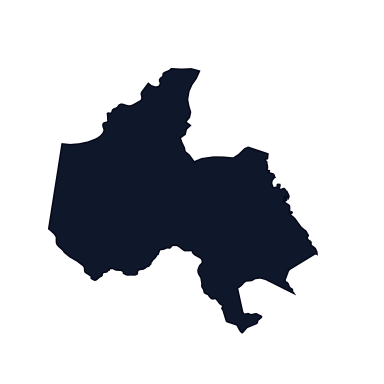 an SVG outline of Northern, rotated 289°
{"feature_id": "ZMB-515", "entity_name": "Northern", "entity_type": "Province", "adm_level": 1, "iso_a3": "ZMB", "parent_name": "Zambia", "parent_adm1": "", "projection": "natural_earth1", "projection_center": [30.182, -9.848], "detail": "fine", "context": "isolated", "style": "filled", "palette": "ink", "viewbox_px": 384, "rotation_deg": 289, "n_neighbors": 0, "source": "natural_earth", "source_scale": "10m", "svg_char_len": 5966}
<svg xmlns="http://www.w3.org/2000/svg" viewBox="0 0 384 384"><g transform="rotate(289 192 192)"><path d="M195.2,53.5L197.1,61.5L200.7,69.7L205.3,77.4L210.2,83.3L212.5,85.5L215.5,87.5L218.7,88.8L221.7,88.9L223.3,88.0L224.7,86.8L226.3,85.9L228.0,85.9L228.8,86.5L230.2,88.7L231.0,89.3L231.9,89.5L232.5,89.2L233.1,88.8L236.8,87.3L237.6,87.1L238.1,86.9L238.3,86.5L238.6,86.4L239.2,86.8L239.5,87.4L239.7,88.9L239.9,89.5L240.9,90.2L241.8,90.3L242.8,90.2L243.9,90.3L245.0,91.0L246.6,93.0L247.7,93.9L250.5,94.8L251.9,96.2L252.4,98.3L252.4,101.4L252.9,105.0L254.6,107.5L261.5,113.7L262.8,114.2L264.2,114.2L265.7,113.6L268.1,112.1L269.8,111.9L280.5,115.3L279.2,118.7L279.2,122.9L280.6,126.1L283.7,127.0L285.2,126.3L286.2,125.4L287.4,124.8L289.2,125.1L291.3,126.5L292.0,126.8L292.7,126.7L294.1,126.3L294.8,126.3L296.2,127.3L298.9,130.4L300.3,131.6L301.8,132.2L304.6,142.1L308.2,151.2L308.8,159.7L300.9,159.0L293.7,156.9L286.4,156.2L278.0,157.6L271.9,161.1L267.1,164.6L261.7,165.3L256.2,163.2L254.4,168.8L249.6,166.2L244.2,166.7L239.4,163.2L235.7,166.0L231.5,170.2L227.9,172.3L226.1,177.2L221.2,184.2L226.7,190.5L232.1,201.1L235.1,210.2L237.5,220.0L242.9,224.2L250.1,227.8L252.6,230.6L252.8,251.4L248.1,252.5L247.8,252.2L247.5,251.5L247.0,251.0L246.2,250.8L245.5,251.3L244.9,252.8L244.4,253.1L243.5,253.4L241.0,254.9L239.7,255.4L237.8,255.7L237.1,256.0L236.8,256.8L237.2,257.5L237.4,258.1L237.0,258.3L235.9,258.3L235.4,258.6L235.3,259.1L235.5,262.5L235.3,263.4L234.7,264.1L233.3,265.0L232.8,265.7L232.0,264.9L230.6,264.4L229.1,264.1L227.9,264.0L226.6,264.3L225.5,264.8L222.4,267.5L222.5,268.1L223.4,269.2L223.8,269.9L224.0,270.4L224.3,270.7L225.2,270.8L225.7,270.7L226.2,270.3L226.8,270.3L227.3,270.8L227.7,272.6L226.5,273.2L223.9,273.2L223.3,273.9L223.2,274.7L223.5,275.5L225.0,277.3L225.3,277.8L224.9,278.9L224.6,279.4L224.1,279.9L223.6,280.4L223.4,281.5L220.2,284.7L219.1,285.2L217.5,285.2L218.2,284.4L218.5,283.6L218.4,282.7L218.0,281.7L217.2,281.0L216.9,281.8L216.8,283.8L215.7,284.2L214.4,283.7L213.7,282.8L214.5,281.7L213.0,281.8L212.1,283.8L211.5,286.5L210.9,288.4L210.2,288.9L208.2,289.7L207.4,289.8L206.9,290.0L206.2,290.5L205.3,290.9L204.3,291.0L205.7,292.7L205.3,293.4L204.3,293.2L203.4,292.1L202.7,292.4L202.1,293.2L201.8,294.1L201.6,295.0L200.3,297.9L194.4,306.3L192.9,309.9L192.3,312.0L191.8,312.8L190.2,314.5L189.8,314.8L189.1,315.9L188.7,316.2L187.0,315.8L186.2,315.8L185.5,316.2L184.9,316.9L184.5,317.7L184.0,319.4L183.8,320.2L183.3,320.8L182.7,321.2L181.8,321.3L180.5,322.0L179.9,323.5L179.4,325.4L178.6,327.1L175.9,329.6L173.8,330.5L173.9,330.1L173.9,329.5L173.6,328.7L173.4,328.3L151.0,309.8L149.8,309.1L148.6,308.8L139.7,308.6L138.7,308.8L138.2,309.1L137.6,309.8L137.3,311.6L136.5,312.8L134.0,314.8L133.6,315.4L133.2,316.4L132.9,317.4L132.8,318.2L132.5,318.7L130.3,319.6L129.7,321.0L129.2,321.6L133.4,290.1L133.1,285.6L133.0,284.7L132.7,283.8L130.8,280.0L130.4,279.5L129.9,279.1L128.1,277.6L127.6,277.0L125.7,272.6L125.3,272.0L124.9,271.6L123.6,270.7L122.9,270.3L120.1,269.2L117.7,267.7L116.6,266.7L116.3,266.5L115.8,266.4L115.3,266.6L95.4,278.7L94.3,279.7L93.5,280.8L93.8,282.1L95.2,284.4L95.4,285.0L95.2,286.0L95.1,286.6L95.2,287.5L95.5,288.3L95.8,288.9L97.7,292.0L97.8,292.6L97.7,293.1L97.4,295.2L97.2,297.3L97.1,297.8L97.0,298.2L96.7,298.4L96.3,298.4L95.8,298.3L92.4,296.2L92.1,296.1L91.7,296.0L89.7,296.3L88.9,296.0L88.6,295.8L82.1,288.4L81.4,287.9L75.9,285.7L75.3,285.3L75.2,284.9L75.4,284.6L76.0,283.4L77.4,281.5L80.6,278.2L80.8,277.8L80.9,277.2L80.8,267.5L80.9,266.9L81.3,266.4L90.1,260.0L90.8,259.3L91.3,258.4L91.7,258.1L92.2,258.1L93.6,258.3L94.1,258.2L94.5,258.0L94.8,257.5L95.2,255.6L95.3,255.1L95.7,254.3L98.6,249.9L98.8,249.4L99.0,248.8L98.8,248.5L98.0,247.1L97.6,246.1L97.6,245.5L97.6,244.9L98.8,242.7L99.2,242.0L99.8,241.5L100.1,241.0L100.3,240.3L100.5,237.6L100.7,236.9L100.9,236.6L101.1,236.3L103.3,234.9L103.7,234.6L105.0,232.9L105.6,232.3L106.5,231.8L108.8,231.2L111.4,229.7L113.1,228.9L113.4,228.7L114.0,228.2L116.2,225.6L117.3,224.5L117.9,224.1L119.3,223.4L119.7,223.2L121.3,223.0L124.6,223.2L125.0,223.3L125.8,223.6L127.3,224.4L128.7,224.6L129.5,224.4L129.9,224.3L130.5,224.0L131.7,222.9L132.1,222.3L132.4,221.4L133.5,215.2L133.8,214.3L134.2,213.5L134.6,212.8L135.1,212.2L136.3,211.2L136.6,210.8L136.6,210.4L136.4,210.0L135.7,208.6L134.6,205.4L134.2,204.0L134.3,203.4L134.4,202.9L136.2,197.5L136.6,195.6L136.5,194.8L135.6,191.9L135.3,191.2L134.7,190.6L134.4,190.4L132.2,189.6L131.8,189.2L131.6,188.5L131.3,187.1L131.0,186.5L130.8,186.0L129.9,185.2L128.9,184.0L128.1,182.7L127.2,180.8L126.6,180.3L126.3,180.2L125.9,180.1L125.1,180.3L123.4,180.2L122.2,180.3L121.9,180.1L121.4,179.5L121.1,179.3L120.7,179.2L119.3,179.0L117.0,178.2L115.8,177.4L115.1,177.0L113.8,176.8L112.3,176.2L111.9,176.2L110.7,176.4L110.4,176.4L109.0,175.6L108.2,175.4L107.7,175.2L107.4,174.8L106.6,173.4L106.2,173.1L105.1,172.8L104.3,171.8L103.5,171.3L103.1,170.8L101.9,168.1L100.6,166.7L99.9,166.4L99.0,166.3L98.6,166.3L98.2,166.4L97.5,166.8L97.2,166.9L96.8,166.9L96.5,166.7L95.6,165.9L95.3,165.5L94.9,164.8L93.4,160.1L92.7,158.7L92.6,158.1L92.4,157.2L92.4,156.7L92.7,154.1L92.8,153.7L93.1,153.5L93.9,153.2L94.2,153.0L94.6,152.1L94.9,150.8L93.6,145.8L93.5,144.9L93.9,142.4L93.8,141.8L93.3,140.6L93.3,139.6L93.1,139.1L92.9,138.8L92.5,138.9L91.9,139.2L91.6,139.3L91.3,139.2L90.6,138.2L90.3,138.0L89.1,137.7L88.8,137.5L88.3,136.8L87.8,135.7L86.9,134.4L86.6,134.2L85.7,133.7L85.3,133.7L84.9,133.9L84.3,134.1L83.6,134.1L83.0,133.7L82.4,133.3L81.9,132.6L81.3,132.1L80.7,131.7L80.0,131.4L78.7,130.7L77.7,129.9L77.3,129.5L76.9,128.6L77.1,126.8L77.4,125.4L77.6,124.9L77.8,124.6L78.2,124.5L79.1,124.5L79.4,124.4L79.6,124.1L81.3,117.4L81.7,116.7L82.7,116.1L84.8,115.3L85.5,115.0L85.8,114.7L86.7,113.5L87.1,112.7L89.4,105.7L91.0,97.6L93.3,91.2L93.7,90.5L94.5,89.7L95.3,88.2L97.3,83.4L98.2,82.0L98.9,81.1L99.2,80.9L99.8,80.4L102.6,79.3L104.8,78.7L105.7,77.9L106.7,76.8L107.8,75.1L109.9,70.3L110.5,68.5L195.2,53.5Z" fill="#0f172a" stroke="#020617" stroke-width="1.5"/></g></svg>